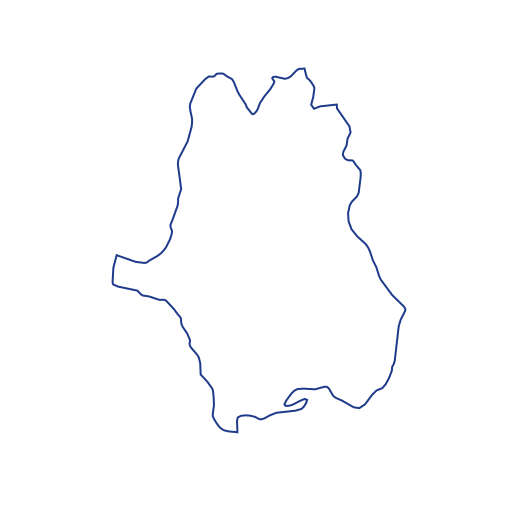 the Province of Paktika, rotated 334°
{"feature_id": "AFG-1759", "entity_name": "Paktika", "entity_type": "Province", "adm_level": 1, "iso_a3": "AFG", "parent_name": "Afghanistan", "parent_adm1": "", "projection": "albers", "projection_center": [68.71, 32.511], "detail": "fine", "context": "isolated", "style": "outline", "palette": "blue", "viewbox_px": 512, "rotation_deg": 334, "n_neighbors": 0, "source": "natural_earth", "source_scale": "10m", "svg_char_len": 3132}
<svg xmlns="http://www.w3.org/2000/svg" viewBox="0 0 512 512"><g transform="rotate(334 256 256)"><path d="M366.5,369.9L366.1,370.6L358.0,376.8L353.4,381.8L334.9,410.8L332.5,413.5L329.9,415.2L327.7,418.8L322.3,423.8L316.2,428.2L311.6,430.1L305.4,429.7L299.7,431.6L288.8,437.2L282.1,438.0L277.5,434.8L269.7,423.4L265.3,418.2L264.0,415.3L263.5,407.2L262.4,404.7L260.2,403.5L250.6,401.7L240.7,396.1L235.0,393.8L231.2,393.9L227.2,395.3L219.8,399.2L216.5,401.8L217.0,403.8L220.0,405.1L223.7,405.7L233.9,405.5L237.2,405.9L238.8,407.7L236.6,410.2L232.9,412.4L229.9,413.4L223.6,412.3L205.8,405.9L199.0,405.3L192.3,405.6L188.6,405.0L186.5,402.9L184.7,400.2L180.4,396.7L176.7,394.6L172.3,393.0L168.8,393.2L166.6,395.9L162.9,404.4L161.9,406.3L160.7,405.4L154.4,401.6L151.4,399.1L150.1,397.6L149.2,396.1L148.4,394.2L147.9,392.4L147.5,390.4L147.0,386.4L146.8,383.3L146.9,382.1L147.0,381.0L147.6,379.5L152.8,371.7L155.9,364.7L157.9,359.3L158.4,357.4L158.5,356.8L158.4,355.2L157.2,347.8L154.3,338.3L158.9,327.8L160.1,322.2L160.0,320.5L159.8,318.8L157.6,310.4L157.3,308.1L157.6,306.5L158.1,305.3L159.8,302.9L160.2,295.5L159.0,287.3L159.1,285.1L159.6,283.0L161.1,279.3L161.1,278.0L160.8,276.3L160.1,274.1L159.0,267.9L155.8,257.3L155.1,256.0L154.5,255.4L153.9,254.9L150.4,253.3L149.5,252.7L142.1,245.4L137.2,242.1L135.7,240.0L134.3,235.2L118.8,223.2L115.3,219.1L115.2,218.2L115.4,217.4L115.9,216.1L122.7,204.0L131.1,194.2L145.4,208.6L152.3,213.1L153.9,213.8L155.3,213.9L157.5,213.4L167.7,212.7L172.2,211.8L176.6,210.0L178.9,208.8L185.8,203.5L190.2,198.9L191.5,196.7L191.8,193.5L192.2,191.6L192.5,190.8L194.1,189.3L196.2,187.5L207.8,176.2L209.9,172.8L211.1,170.3L218.1,163.0L225.8,139.8L227.1,137.3L229.1,134.7L244.8,123.0L254.8,111.6L256.7,108.6L258.4,105.3L259.4,102.0L260.2,98.4L261.9,92.8L263.9,90.0L275.5,79.6L275.9,79.3L288.1,74.7L292.4,74.0L295.6,75.8L297.3,76.1L298.5,75.8L299.8,75.2L300.7,75.1L301.6,75.3L305.4,77.0L306.3,77.7L306.9,78.4L308.7,81.9L311.4,85.6L312.0,86.7L312.2,88.0L312.3,90.1L311.6,99.6L311.7,103.6L313.2,115.4L313.1,116.5L313.0,117.4L313.0,119.1L313.6,121.3L314.5,125.9L315.3,127.2L315.8,127.3L316.3,127.3L317.4,127.1L319.9,126.1L322.2,124.5L326.7,120.2L333.5,116.2L341.8,112.4L347.5,108.8L348.9,107.3L348.9,106.8L348.9,106.2L348.7,105.6L348.6,104.8L348.5,103.5L348.9,103.0L349.4,102.7L350.4,102.8L351.5,103.1L352.2,103.4L352.9,103.9L353.4,104.4L354.7,105.5L359.8,109.5L363.3,110.1L366.3,109.7L374.0,106.9L376.7,106.6L377.9,107.2L378.5,107.6L381.8,108.7L380.1,116.4L380.0,118.6L380.3,119.1L381.0,120.7L381.6,122.8L382.3,127.4L382.3,129.6L381.8,131.2L376.9,138.5L371.9,144.2L372.7,149.1L379.2,149.6L395.0,155.3L393.5,158.8L396.8,180.5L395.2,186.3L394.2,187.2L389.8,190.6L385.8,196.4L380.1,200.7L378.3,203.4L378.6,207.3L379.5,208.9L380.7,210.2L382.2,211.2L383.6,211.8L384.8,212.6L385.2,214.2L385.6,217.7L387.3,224.3L386.8,226.8L384.8,230.7L376.0,244.2L373.0,246.7L366.0,249.2L362.6,251.4L357.5,257.9L354.4,265.5L353.6,273.8L355.5,282.4L359.9,293.6L360.5,297.8L360.4,302.1L359.2,310.7L359.2,319.2L357.9,327.7L357.8,332.0L361.3,350.9L366.7,366.1L367.1,368.7L366.5,369.9Z" fill="none" stroke="#1e3a8a" stroke-width="2"/></g></svg>